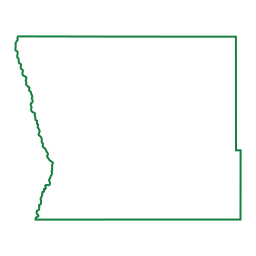 the district of Kittson, Minnesota, United States of America
{"feature_id": "52423323B36938484701333", "entity_name": "Kittson", "entity_type": "district", "adm_level": 2, "iso_a3": "USA", "parent_name": "United States of America", "parent_adm1": "Minnesota", "projection": "mercator", "projection_center": [-97.14, 48.772], "detail": "fine", "context": "isolated", "style": "outline", "palette": "green", "viewbox_px": 256, "rotation_deg": 0, "n_neighbors": 0, "source": "geoboundaries", "source_scale": "gbopen_adm2", "svg_char_len": 2197}
<svg xmlns="http://www.w3.org/2000/svg" viewBox="0 0 256 256"><path d="M240.5,219.5L240.6,150.3L236.0,150.3L235.9,36.7L120.3,36.6L18.1,36.4L17.4,37.7L17.4,38.2L17.7,39.3L17.6,40.1L16.7,41.1L15.9,42.4L15.6,43.6L15.7,46.6L15.4,49.2L15.4,50.1L15.8,50.6L17.1,51.2L17.4,51.7L17.6,52.4L17.6,53.4L17.2,56.5L17.2,57.2L18.4,58.4L18.6,59.4L18.7,61.3L19.2,63.2L20.8,64.1L21.1,64.8L21.1,65.7L20.7,66.9L20.7,68.0L21.0,68.9L22.3,69.6L22.8,70.2L22.9,71.3L22.4,72.9L22.4,73.6L22.9,75.1L23.7,75.8L26.0,76.9L26.3,77.5L26.2,79.3L25.7,80.5L26.3,82.2L26.3,83.0L26.0,84.0L26.3,84.8L28.2,86.7L29.0,87.1L29.4,87.6L29.5,88.1L29.1,89.9L29.1,90.5L29.6,91.0L30.4,91.5L31.0,92.3L31.3,94.2L32.2,95.7L32.2,97.0L31.8,97.9L31.7,98.4L32.5,100.0L32.7,101.7L32.5,102.1L32.2,102.5L30.9,103.3L30.7,103.9L30.8,105.4L31.6,107.1L31.0,109.7L31.4,110.7L31.8,111.4L32.6,112.2L34.1,112.7L34.8,113.2L35.0,113.8L35.0,114.2L34.7,115.0L34.7,115.6L35.3,117.3L35.4,119.1L35.5,119.9L36.0,120.4L36.8,120.6L37.1,121.1L36.9,122.0L36.9,123.5L37.1,123.9L37.9,124.3L38.1,124.7L37.9,126.0L37.7,126.4L37.6,126.9L37.7,127.3L37.9,127.8L38.3,128.1L39.6,130.7L39.6,131.6L38.6,134.2L38.7,134.9L38.9,135.2L40.8,136.8L41.7,138.5L41.7,141.9L41.9,142.5L42.8,143.3L43.0,143.8L42.9,145.3L42.6,146.1L42.8,146.6L43.1,147.1L45.2,148.7L45.7,149.5L46.6,151.7L47.9,153.4L47.7,155.2L47.1,155.9L47.3,157.0L49.9,160.6L52.5,162.2L52.8,162.7L52.9,163.1L52.8,163.6L52.2,164.7L52.0,165.4L52.2,168.7L52.2,170.0L51.8,170.5L51.5,171.3L52.0,172.4L52.0,173.8L51.7,174.7L51.0,175.4L50.6,176.2L50.1,178.1L49.2,179.4L49.0,180.1L49.6,181.7L50.0,183.5L49.9,184.2L49.7,184.6L49.1,185.1L48.2,185.3L46.7,184.8L45.5,185.3L45.3,185.6L45.3,186.4L45.8,187.1L45.8,187.9L45.6,188.6L45.4,188.9L44.2,188.8L43.9,189.6L44.1,190.6L43.9,191.6L43.5,191.9L42.6,191.9L42.3,192.3L42.1,193.5L42.3,194.3L42.1,195.5L41.4,197.2L40.9,197.9L40.6,198.4L40.6,199.4L41.0,200.2L41.2,200.9L40.8,203.7L40.6,204.3L40.3,204.6L39.4,204.8L39.0,205.4L39.1,206.5L39.3,207.2L39.2,208.4L39.1,209.3L38.5,210.2L37.0,210.8L36.7,211.6L36.6,213.2L36.8,213.7L37.3,214.4L37.9,214.8L38.4,215.6L38.3,216.3L38.0,216.7L37.4,216.7L36.1,217.5L35.8,218.0L35.6,218.5L35.5,219.6L240.5,219.5Z" fill="none" stroke="#15803d" stroke-width="2"/></svg>